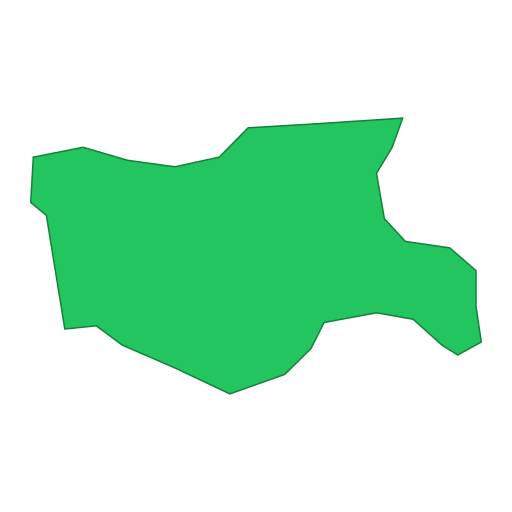 Żebbuġ, Natural Earth projection
{"feature_id": "MLT-5946", "entity_name": "Żebbuġ", "entity_type": "state/province", "adm_level": 1, "iso_a3": "MLT", "parent_name": "Malta", "parent_adm1": "", "projection": "natural_earth1", "projection_center": [14.44, 35.87], "detail": "fine", "context": "isolated", "style": "filled", "palette": "green", "viewbox_px": 512, "rotation_deg": 0, "n_neighbors": 0, "source": "natural_earth", "source_scale": "10m", "svg_char_len": 497}
<svg xmlns="http://www.w3.org/2000/svg" viewBox="0 0 512 512"><path d="M64.8,329.0L46.4,215.4L30.7,202.5L33.3,157.1L83.1,147.3L127.6,160.3L174.8,166.8L219.3,157.1L248.1,127.8L303.1,124.6L402.7,118.1L392.2,147.3L376.5,173.3L384.4,218.7L405.3,241.4L449.8,247.9L476.0,270.6L476.0,306.3L481.3,342.0L457.7,355.0L442.0,345.2L413.2,319.3L376.5,312.8L324.1,322.5L311.0,348.5L284.8,374.4L229.8,393.9L174.8,367.9L122.4,345.2L96.2,325.8L64.8,329.0Z" fill="#22c55e" stroke="#15803d" stroke-width="1.5"/></svg>